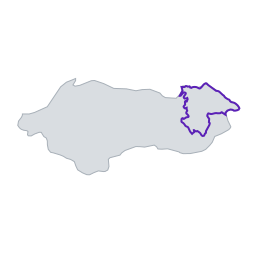 Shkodër on a map of Albania (Albers equal-area conic projection), rotated 93°
{"feature_id": "ALB-1498", "entity_name": "Shkodër", "entity_type": "County", "adm_level": 1, "iso_a3": "ALB", "parent_name": "Albania", "parent_adm1": "", "projection": "albers", "projection_center": [19.744, 42.245], "detail": "fine", "context": "in_parent", "style": "outline", "palette": "violet", "viewbox_px": 256, "rotation_deg": 93, "n_neighbors": 0, "source": "natural_earth", "source_scale": "10m", "svg_char_len": 3968}
<svg xmlns="http://www.w3.org/2000/svg" viewBox="0 0 256 256"><g transform="rotate(93 128 128)"><path d="M83.0,75.5L83.1,71.8L84.0,66.0L83.5,64.1L84.1,60.8L82.4,56.3L79.7,53.1L82.4,47.5L86.2,40.7L89.8,35.3L94.1,29.7L97.0,24.3L100.1,19.7L102.7,18.3L104.1,19.3L104.8,21.3L104.6,27.3L105.5,29.4L107.3,30.9L111.2,30.1L115.5,28.6L121.3,25.4L122.3,25.6L124.4,27.3L128.9,34.5L131.9,40.9L137.8,43.1L141.1,45.5L145.3,49.3L147.4,53.1L150.3,64.7L150.7,71.7L149.9,75.0L149.2,75.8L146.7,87.3L147.4,93.1L147.4,97.0L145.2,98.5L143.7,100.9L146.2,110.4L146.0,114.5L146.1,119.2L150.6,129.8L153.2,133.0L155.5,134.6L158.6,144.4L160.3,146.0L167.5,145.0L171.0,146.0L172.5,148.4L172.8,149.9L172.4,155.4L174.3,159.6L176.7,163.9L176.8,166.6L175.2,171.0L172.4,176.1L168.6,178.1L164.4,179.8L162.4,183.7L161.4,187.9L159.6,191.1L158.4,194.5L156.7,201.4L156.3,204.0L153.5,206.5L149.0,207.6L145.0,207.9L142.3,209.1L141.0,211.5L138.4,213.4L136.9,214.3L136.9,216.4L138.8,220.8L141.0,224.3L141.0,227.2L140.0,228.0L136.7,227.7L136.0,228.8L135.7,232.0L134.8,234.7L133.5,236.4L131.2,238.2L126.9,237.7L122.8,234.9L120.7,234.1L119.5,234.2L119.2,227.5L117.4,222.2L111.0,209.7L90.4,197.4L85.5,191.9L83.4,187.3L81.3,182.9L83.4,182.8L85.4,183.9L87.9,185.2L89.0,183.1L87.9,178.3L82.7,167.1L82.3,164.0L84.9,154.7L89.2,144.3L89.0,131.6L90.4,122.0L88.9,115.8L88.2,108.1L91.4,98.0L94.0,95.5L95.7,92.3L95.8,81.5L89.8,76.4L83.0,75.5Z" fill="#d9dde1" stroke="#a8b0b8" stroke-width="1"/><path d="M105.1,22.6L105.1,23.3L104.8,23.7L104.4,24.5L104.3,25.1L104.2,26.2L104.2,26.7L104.4,27.3L105.4,29.6L107.1,31.0L108.1,31.5L109.0,31.6L109.6,31.4L109.2,32.2L109.1,32.4L108.9,32.7L108.7,32.9L108.5,33.2L108.3,33.5L108.1,34.2L107.9,34.5L107.4,35.0L107.4,35.5L108.3,36.5L108.4,37.0L108.5,37.6L108.6,39.5L108.5,40.0L108.5,40.9L108.7,42.1L109.5,44.6L109.7,45.6L109.7,46.2L109.6,46.4L109.5,46.7L109.5,47.0L109.4,47.8L109.2,48.4L109.3,48.7L109.7,48.9L110.4,49.3L111.8,49.5L112.1,49.1L112.4,49.0L112.6,48.9L112.9,48.8L113.3,48.6L114.0,47.8L114.4,47.5L114.7,47.4L118.0,47.5L118.9,46.6L120.2,46.8L120.9,47.0L127.1,50.0L128.4,49.9L128.8,50.0L129.1,50.2L129.3,50.6L129.6,50.9L130.1,51.0L131.7,51.7L132.1,52.9L131.6,54.0L130.6,54.8L129.9,55.2L129.4,55.6L129.0,56.0L127.6,58.2L127.4,58.7L127.7,59.3L127.8,59.8L127.5,60.8L126.7,61.9L126.7,62.1L127.3,62.0L127.7,61.8L128.1,61.6L128.4,61.6L128.8,61.8L129.3,62.6L130.5,63.7L128.3,65.8L124.9,67.6L124.2,68.0L123.8,68.6L123.3,70.0L122.8,70.8L122.3,71.2L121.5,71.7L120.2,73.0L119.9,73.5L119.2,74.7L118.9,74.9L118.5,75.0L116.4,75.0L115.9,74.8L115.6,74.5L115.4,74.2L115.3,73.9L115.4,73.6L115.9,73.2L116.0,73.0L116.0,72.7L115.8,72.4L114.8,71.0L114.5,70.7L114.1,69.6L114.0,68.8L113.9,68.5L113.6,68.2L113.2,68.1L112.6,68.3L112.0,68.7L111.5,69.3L110.9,69.8L110.6,70.3L110.3,70.5L109.9,70.6L109.4,70.6L108.6,70.3L108.1,70.0L107.8,69.8L107.4,69.8L106.4,70.4L104.7,70.5L105.3,71.9L105.4,72.1L105.3,72.4L105.1,72.7L104.7,73.1L104.3,73.4L103.8,73.6L103.1,73.3L102.1,72.5L101.7,72.2L101.2,72.2L99.2,72.5L98.8,72.5L98.3,72.2L98.1,72.1L98.0,71.8L98.0,71.5L98.2,71.2L98.4,70.9L98.5,70.8L98.4,70.6L98.2,70.6L97.6,70.6L97.3,70.5L97.0,70.3L96.8,70.1L96.6,70.0L96.4,70.0L95.5,70.1L94.9,70.4L95.1,70.7L95.4,71.5L95.6,73.0L95.0,73.7L94.2,74.0L93.2,73.6L91.4,72.4L90.6,72.1L90.1,72.2L89.7,72.8L89.5,73.6L89.7,74.5L93.0,77.1L93.2,77.9L93.2,78.0L89.7,76.5L88.9,76.0L87.9,75.5L84.2,76.7L84.2,75.9L84.2,74.0L83.8,73.2L83.3,72.7L83.1,72.4L83.2,72.1L83.1,71.6L83.2,71.3L83.4,70.9L83.6,70.4L83.2,68.7L83.5,68.4L83.9,68.3L84.3,68.1L84.6,66.8L84.2,66.3L83.7,65.2L83.5,63.8L83.5,62.3L83.8,61.1L84.8,58.9L84.7,58.2L83.7,57.0L80.6,54.7L79.8,53.7L79.2,52.5L79.4,51.8L79.9,51.3L81.0,50.0L86.3,41.9L86.3,41.5L86.3,40.5L86.4,40.0L86.9,38.8L87.2,38.4L90.0,35.1L90.7,33.9L91.8,33.2L92.7,32.2L93.4,31.0L94.1,29.6L94.4,28.5L95.0,27.9L95.8,27.5L96.5,26.7L96.8,25.8L97.1,23.9L97.4,22.9L98.3,21.4L99.7,19.7L100.3,19.2L101.3,18.4L102.5,17.8L103.8,18.4L104.6,20.0L105.1,21.9L105.1,22.6Z" fill="none" stroke="#5b21b6" stroke-width="2"/></g></svg>